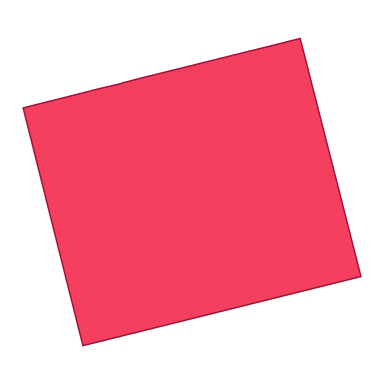 outline of Greeley, Kansas, United States of America, rotated 76°
{"feature_id": "52423323B71873667650534", "entity_name": "Greeley", "entity_type": "district", "adm_level": 2, "iso_a3": "USA", "parent_name": "United States of America", "parent_adm1": "Kansas", "projection": "mercator", "projection_center": [-102.007, 38.481], "detail": "fine", "context": "isolated", "style": "filled", "palette": "rose", "viewbox_px": 384, "rotation_deg": 76, "n_neighbors": 0, "source": "geoboundaries", "source_scale": "gbopen_adm2", "svg_char_len": 418}
<svg xmlns="http://www.w3.org/2000/svg" viewBox="0 0 384 384"><g transform="rotate(76 192 192)"><path d="M69.2,104.1L69.2,126.2L69.2,141.2L69.2,151.0L69.2,164.2L69.2,176.1L69.1,210.2L69.3,232.5L69.6,235.0L69.3,255.6L69.5,302.8L69.5,331.3L69.6,335.5L314.7,335.0L314.9,48.5L69.2,49.9L69.2,55.8L69.2,57.0L69.2,64.6L69.3,64.8L69.3,68.3L69.2,104.0L69.2,104.1Z" fill="#f43f5e" stroke="#9f1239" stroke-width="1.5"/></g></svg>